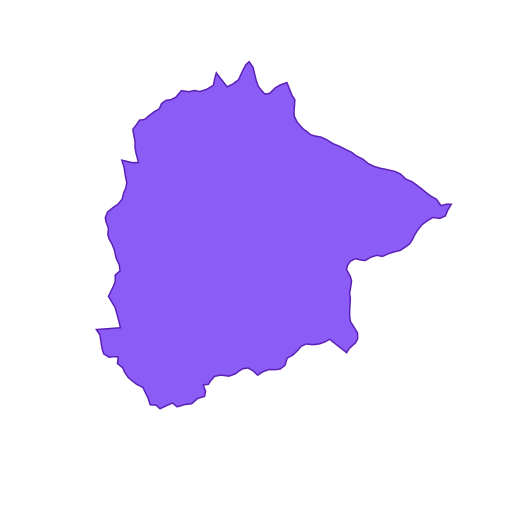 outline of Bocaina, São Paulo, Brazil, rotated 112°
{"feature_id": "56859067B85307628604118", "entity_name": "Bocaina", "entity_type": "district", "adm_level": 2, "iso_a3": "BRA", "parent_name": "Brazil", "parent_adm1": "São Paulo", "projection": "albers", "projection_center": [-48.534, -22.093], "detail": "fine", "context": "isolated", "style": "filled", "palette": "violet", "viewbox_px": 512, "rotation_deg": 112, "n_neighbors": 0, "source": "geoboundaries", "source_scale": "gbopen_adm2", "svg_char_len": 2517}
<svg xmlns="http://www.w3.org/2000/svg" viewBox="0 0 512 512"><g transform="rotate(112 256 256)"><path d="M101.0,361.4L106.9,360.7L113.7,359.5L120.1,364.3L124.6,369.8L125.6,375.1L128.8,379.7L130.6,387.1L138.8,389.8L143.0,393.5L145.5,397.9L150.1,400.7L155.9,400.8L160.4,404.5L165.9,407.7L171.2,410.5L173.7,414.9L180.2,416.3L184.6,417.7L189.7,414.6L195.0,411.1L200.6,408.9L205.3,406.0L213.4,399.9L215.8,405.7L217.4,416.3L223.4,411.4L231.7,406.5L236.2,403.3L241.6,402.2L246.5,402.4L253.6,401.4L260.0,403.6L264.7,406.7L270.8,410.1L276.9,410.1L280.7,407.7L285.4,403.3L291.8,401.3L295.2,398.6L298.9,394.0L303.3,389.7L310.1,385.1L315.3,379.6L320.7,376.5L326.4,379.4L332.1,377.1L336.3,376.8L348.7,377.7L352.7,372.4L356.3,367.6L364.0,361.5L373.3,354.8L384.0,376.5L387.6,371.2L394.7,367.0L399.8,363.8L403.8,360.5L404.9,354.2L402.7,350.4L401.1,345.9L407.6,344.2L409.6,337.7L413.1,334.1L416.7,328.6L418.3,323.4L419.6,318.8L420.3,311.5L423.3,308.3L428.1,302.9L433.6,298.4L431.7,292.7L433.6,287.8L428.0,282.6L423.6,278.4L425.4,272.7L420.3,266.2L417.1,260.3L409.9,256.7L405.4,251.1L400.3,252.1L395.4,256.6L392.8,252.1L388.7,251.3L383.0,249.3L379.6,243.9L377.5,236.0L373.0,231.0L369.0,228.6L365.6,226.2L362.8,221.4L363.6,215.6L365.9,209.8L360.8,206.3L356.6,201.7L354.1,195.4L351.7,191.2L346.5,188.2L339.0,188.8L334.1,184.8L328.5,182.2L322.8,180.4L318.8,176.5L316.8,169.8L313.9,164.5L310.1,160.2L305.6,156.6L311.7,135.7L307.0,135.0L299.2,131.2L294.6,130.7L289.2,133.1L281.2,144.1L275.2,147.3L267.2,150.2L259.5,152.8L255.7,155.2L249.2,156.6L243.4,158.0L239.4,161.1L234.5,167.1L230.3,167.6L225.6,166.6L221.2,162.8L220.6,158.0L219.4,153.2L214.1,149.1L210.1,144.2L209.0,138.6L204.3,134.1L200.0,128.9L196.7,124.3L191.6,120.8L186.9,118.0L182.0,117.1L176.9,116.8L172.0,115.9L164.9,113.9L159.0,110.3L154.0,106.4L152.3,99.7L148.0,95.5L141.5,95.4L134.9,94.3L136.4,98.5L140.0,103.4L135.8,109.8L135.0,116.3L133.3,122.6L131.8,127.3L130.5,132.0L128.7,138.9L128.6,145.6L125.8,153.0L125.6,159.1L127.1,168.6L128.1,173.6L128.7,179.8L128.3,186.5L126.2,193.1L125.6,200.7L124.0,206.3L123.8,210.8L123.0,219.9L123.0,226.6L121.7,234.3L121.4,240.3L122.7,246.5L123.0,251.1L121.6,255.4L120.5,259.8L118.7,263.8L116.3,268.1L112.1,272.9L107.6,275.0L102.0,276.7L96.6,278.5L93.4,283.0L83.6,292.3L88.6,297.9L93.2,301.3L100.1,304.3L102.5,308.5L100.1,313.5L97.7,317.6L92.7,321.9L86.3,326.5L82.3,329.3L78.4,335.1L82.2,337.0L89.7,337.8L99.1,338.2L105.3,342.0L110.0,346.1L106.9,351.4L104.2,356.2L101.0,361.4Z" fill="#8b5cf6" stroke="#5b21b6" stroke-width="1.5"/></g></svg>